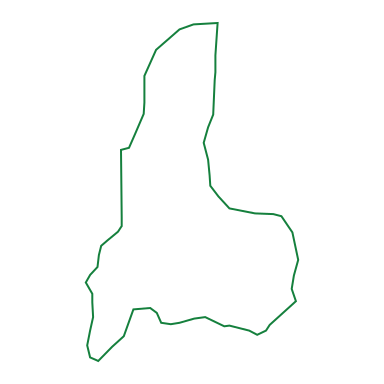 outline of Taebaek-si, Gangwon, South Korea
{"feature_id": "91817680B55715776787208", "entity_name": "Taebaek-si", "entity_type": "district", "adm_level": 2, "iso_a3": "KOR", "parent_name": "South Korea", "parent_adm1": "Gangwon", "projection": "robinson", "projection_center": [128.966, 37.182], "detail": "fine", "context": "isolated", "style": "outline", "palette": "green", "viewbox_px": 384, "rotation_deg": 0, "n_neighbors": 0, "source": "geoboundaries", "source_scale": "gbopen_adm2", "svg_char_len": 875}
<svg xmlns="http://www.w3.org/2000/svg" viewBox="0 0 384 384"><path d="M121.0,149.9L121.7,217.6L121.7,226.1L121.0,227.1L118.0,231.7L107.7,240.2L101.2,245.8L98.9,255.0L97.5,267.0L90.2,274.8L85.8,282.5L92.3,293.8L92.3,302.3L93.1,317.1L90.1,330.6L87.2,345.4L90.1,357.4L97.0,360.4L98.2,361.0L112.1,346.8L123.8,336.2L133.4,309.4L150.2,308.0L156.8,312.9L161.2,322.8L170.8,324.2L179.5,322.8L194.2,318.6L205.2,317.1L224.3,326.3L229.4,325.6L249.2,330.6L257.2,334.8L266.0,330.6L269.7,324.9L295.9,301.2L291.7,288.9L293.9,275.5L298.2,259.9L292.4,232.4L281.4,216.2L273.3,214.1L255.0,213.4L229.4,208.4L218.4,196.4L210.3,185.8L209.6,175.3L208.1,159.7L203.7,142.8L208.1,127.3L213.2,114.6L214.7,80.1L215.4,72.3L215.4,55.4L217.6,23.0L193.5,24.4L179.5,29.4L156.1,49.8L144.4,75.9L144.4,102.6L143.7,113.9L134.9,134.4L129.0,147.8L121.0,149.9Z" fill="none" stroke="#15803d" stroke-width="2"/></svg>